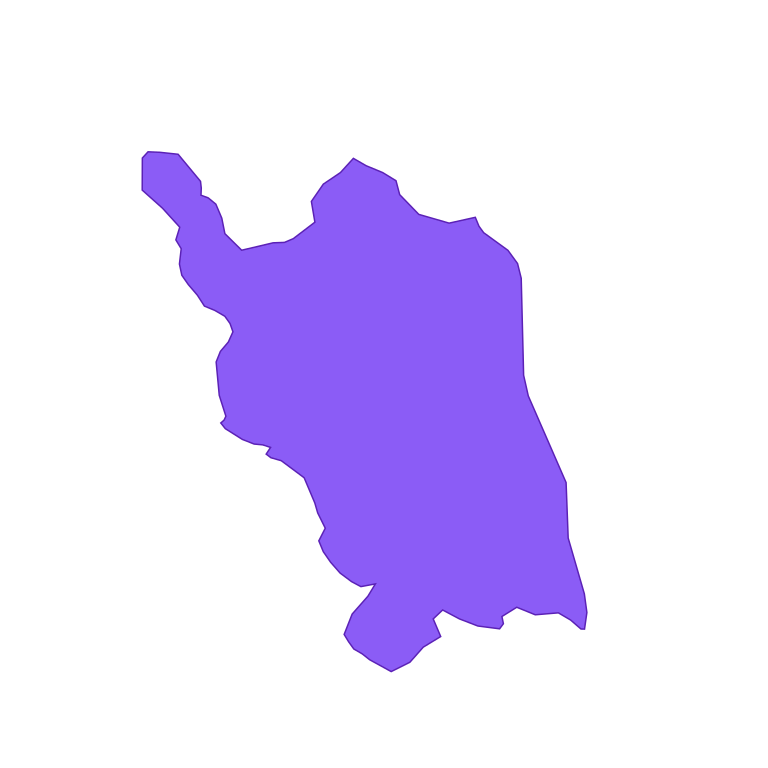 the border of Pleven, rotated 70°
{"feature_id": "BGR-2248", "entity_name": "Pleven", "entity_type": "Province", "adm_level": 1, "iso_a3": "BGR", "parent_name": "Bulgaria", "parent_adm1": "", "projection": "robinson", "projection_center": [24.614, 43.502], "detail": "fine", "context": "isolated", "style": "filled", "palette": "violet", "viewbox_px": 768, "rotation_deg": 70, "n_neighbors": 0, "source": "natural_earth", "source_scale": "10m", "svg_char_len": 1414}
<svg xmlns="http://www.w3.org/2000/svg" viewBox="0 0 768 768"><g transform="rotate(70 384 384)"><path d="M316.5,217.3L331.6,218.9L403.9,243.2L423.5,249.8L444.6,252.5L538.9,246.6L591.7,263.6L649.7,267.5L668.1,271.5L682.9,279.4L681.6,282.7L669.6,289.4L658.7,298.4L652.6,320.8L639.2,335.6L642.8,352.7L650.1,353.8L653.6,359.1L643.5,378.6L630.6,393.4L616.4,406.2L621.6,418.1L640.7,417.1L644.7,437.1L654.3,454.8L656.7,475.6L638.2,491.8L630.1,496.8L622.7,503.0L614.2,505.4L605.7,507.1L589.3,492.6L577.9,471.7L568.9,460.5L566.5,475.0L558.6,482.1L546.7,489.9L533.3,495.1L520.8,498.4L509.1,498.9L499.4,488.5L482.5,490.4L472.1,489.7L444.8,491.1L420.9,506.8L414.6,515.5L409.6,518.7L404.8,512.3L399.7,518.8L396.0,526.6L387.6,536.1L371.7,548.4L364.8,550.7L363.2,546.6L360.2,543.6L338.3,542.7L305.9,534.2L297.4,526.6L291.3,515.9L283.3,508.1L274.5,508.0L265.9,510.4L257.0,517.8L249.4,526.1L236.7,529.0L223.6,533.9L212.7,536.8L201.3,535.2L187.5,528.3L177.4,530.3L166.8,522.3L143.1,532.0L119.1,544.9L89.0,533.8L85.1,526.3L89.7,515.2L97.7,498.9L130.8,487.1L137.4,488.7L144.0,491.4L149.0,485.5L157.5,480.5L172.7,479.7L188.3,482.1L209.6,472.0L213.4,439.9L216.9,429.1L216.4,419.6L208.3,393.6L187.6,389.8L175.4,372.6L170.4,352.6L161.5,335.6L172.7,326.2L184.9,312.9L197.1,303.2L211.4,304.5L236.5,293.3L255.1,267.8L258.6,241.2L268.2,240.8L275.9,238.6L300.8,221.8L316.5,217.3Z" fill="#8b5cf6" stroke="#5b21b6" stroke-width="1.5"/></g></svg>